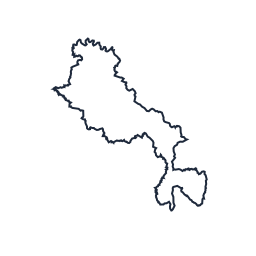 outline of Mae Chan, Chiang Rai, Thailand, rotated 245°
{"feature_id": "78962969B91989740231276", "entity_name": "Mae Chan", "entity_type": "district", "adm_level": 2, "iso_a3": "THA", "parent_name": "Thailand", "parent_adm1": "Chiang Rai", "projection": "mercator", "projection_center": [99.757, 20.164], "detail": "fine", "context": "isolated", "style": "outline", "palette": "slate", "viewbox_px": 256, "rotation_deg": 245, "n_neighbors": 0, "source": "geoboundaries", "source_scale": "gbopen_adm2", "svg_char_len": 5878}
<svg xmlns="http://www.w3.org/2000/svg" viewBox="0 0 256 256"><g transform="rotate(245 128 128)"><path d="M180.8,84.0L179.6,83.4L178.3,84.9L177.4,85.2L177.6,85.8L176.3,85.9L175.2,87.0L174.6,85.2L172.2,83.9L171.7,85.1L171.5,84.9L169.7,86.1L166.2,91.4L163.7,92.4L163.6,93.5L162.6,94.7L157.5,92.5L157.0,92.0L156.8,90.5L156.4,90.0L154.7,91.2L154.0,92.6L152.8,92.3L152.2,92.6L151.6,91.9L149.9,91.5L146.8,91.5L145.2,90.8L144.3,91.0L143.3,91.9L143.0,93.1L144.4,93.8L144.5,94.3L143.2,95.5L142.4,97.1L141.5,97.3L139.4,98.9L138.8,100.7L139.0,101.8L138.5,104.6L137.6,104.8L135.4,104.1L133.5,104.5L132.7,104.0L132.8,103.3L131.3,101.7L130.9,102.5L131.4,102.6L131.3,102.9L128.4,104.8L127.6,104.7L127.8,103.8L127.5,103.6L126.9,103.6L126.3,104.3L123.2,104.5L123.4,107.1L122.2,107.9L121.8,107.4L121.3,108.5L120.7,108.7L121.2,109.1L121.4,112.7L120.5,113.5L120.2,114.7L119.6,115.1L119.8,116.5L118.9,116.8L118.4,117.4L118.8,119.4L117.6,119.3L116.0,120.6L116.1,121.0L114.6,121.6L113.9,122.7L114.4,124.3L115.2,124.7L116.7,127.3L116.3,129.3L115.7,130.4L115.9,130.9L116.5,130.3L117.6,130.8L117.5,132.4L117.1,133.3L117.5,133.8L113.4,136.5L114.4,137.3L114.5,138.0L115.1,138.0L115.5,139.4L115.9,139.2L115.9,139.6L116.4,139.7L116.6,141.0L115.4,141.9L111.8,142.2L110.2,143.4L105.7,145.0L103.9,144.9L100.4,142.8L97.9,145.0L97.1,143.6L95.1,142.0L93.6,142.5L91.4,141.9L89.0,142.7L88.8,145.6L89.9,146.4L89.2,146.6L87.8,145.9L86.8,147.0L86.1,147.4L85.4,146.9L85.2,147.8L84.1,147.7L83.6,148.3L82.3,148.2L81.3,147.5L80.0,147.8L79.2,148.5L76.5,146.3L76.1,146.6L76.1,146.0L75.1,146.5L74.2,146.3L74.3,144.8L73.6,145.0L72.2,143.7L71.1,143.5L69.7,140.2L68.5,139.5L68.6,138.8L68.1,138.9L68.6,138.3L68.2,137.5L67.7,137.7L67.5,136.7L66.3,136.4L66.4,135.4L65.4,135.3L65.7,134.8L65.4,134.3L64.8,134.3L64.0,132.8L63.1,132.5L63.5,131.4L62.5,130.6L62.7,129.9L62.1,128.0L62.3,127.3L60.8,127.7L60.3,127.0L59.6,127.8L58.9,127.1L59.2,126.4L58.3,125.8L57.1,126.0L57.3,126.9L56.6,126.9L56.5,126.2L55.9,126.3L56.0,125.7L54.7,124.6L54.4,124.7L53.0,124.1L52.3,124.3L50.0,123.8L48.2,124.6L47.7,124.0L46.4,124.9L45.0,124.9L43.7,127.9L44.2,129.2L43.5,131.1L43.8,134.0L41.0,134.3L39.4,133.0L37.1,132.1L34.9,132.4L34.8,132.8L35.4,134.3L37.9,137.4L41.0,137.6L46.4,140.0L50.0,140.2L52.6,142.4L54.6,143.1L55.4,144.1L54.7,148.2L51.2,150.6L50.8,151.7L50.3,151.6L49.2,149.9L47.8,149.6L46.7,150.4L43.6,151.2L42.6,152.1L41.7,152.2L41.8,152.9L41.1,153.2L36.9,154.0L35.8,155.0L33.8,155.2L33.2,156.0L32.4,156.2L31.8,157.0L30.2,157.8L28.8,158.0L28.0,158.5L28.1,159.2L27.7,159.5L27.9,160.0L27.5,160.8L28.2,162.2L28.2,163.3L32.0,165.4L32.5,166.3L31.9,167.1L34.8,167.7L36.5,169.3L37.0,170.7L37.7,170.8L38.5,171.8L40.1,172.4L40.6,173.3L41.8,173.2L44.2,175.2L47.3,176.3L48.1,177.6L52.4,178.4L53.9,177.9L55.9,179.0L56.7,178.3L57.1,176.6L56.0,174.3L56.2,172.7L57.1,172.9L58.0,172.1L58.7,172.5L61.2,172.1L62.0,172.6L62.7,172.4L62.2,171.5L62.8,171.5L62.9,171.1L62.5,170.6L63.2,168.9L64.0,168.6L64.5,167.1L63.9,166.1L64.5,165.6L65.7,165.7L65.8,164.8L65.3,164.4L66.3,162.7L65.5,161.6L65.8,161.1L66.4,160.9L66.0,159.2L68.1,158.0L69.3,156.7L70.2,153.4L70.9,152.5L70.9,151.4L72.2,152.1L74.2,152.2L75.9,153.4L78.9,153.6L81.1,158.1L82.8,157.7L84.1,159.3L87.4,159.5L90.5,160.7L91.8,162.6L92.1,165.4L93.6,166.7L93.6,169.4L92.4,171.8L92.7,176.5L93.6,175.5L96.2,174.8L97.1,173.1L97.9,172.6L98.9,173.5L101.7,173.9L106.1,175.7L107.8,175.2L108.9,173.9L109.2,173.2L108.6,172.7L109.1,171.5L108.7,171.1L109.6,171.1L110.1,170.7L110.1,168.1L110.4,167.8L112.1,167.1L114.1,167.6L115.1,167.3L117.6,164.4L118.8,163.6L120.9,163.8L122.5,164.7L127.6,165.2L129.2,163.8L129.5,163.2L129.4,162.4L131.0,161.7L131.5,160.1L134.1,159.1L135.3,158.0L135.2,156.3L134.4,154.0L135.5,152.3L139.1,151.4L141.3,149.8L144.3,148.8L145.5,147.5L149.5,145.1L153.4,148.1L154.3,147.7L155.5,148.0L156.3,149.6L158.4,149.7L161.4,148.7L161.3,144.9L162.8,143.8L164.9,143.3L166.5,144.3L168.3,144.0L169.5,145.6L170.1,145.7L170.9,144.3L173.2,142.4L174.5,144.9L176.4,143.6L177.1,142.2L181.1,138.0L181.8,138.5L181.8,139.1L182.5,139.7L183.1,141.6L183.9,141.1L183.8,140.7L184.8,140.2L186.5,140.2L187.1,140.9L188.5,141.0L188.5,141.9L189.7,142.7L189.8,143.1L188.8,144.5L190.3,145.5L190.3,146.0L191.1,146.8L191.2,147.8L192.4,149.3L194.5,149.4L194.7,148.8L197.1,148.5L200.3,146.8L203.1,147.0L204.5,148.1L204.9,146.8L206.0,146.5L207.2,147.8L207.8,147.9L207.9,147.3L207.0,146.1L206.1,142.4L206.2,141.4L206.7,140.7L207.6,140.3L208.9,141.5L211.0,141.5L211.5,140.3L210.4,139.2L210.0,137.8L210.8,136.8L212.0,136.9L213.5,137.8L215.5,137.3L217.5,138.0L218.2,136.3L217.3,134.0L217.3,131.7L218.2,131.5L219.4,131.8L220.7,133.6L221.6,133.9L222.4,132.7L221.8,130.4L222.1,129.3L223.3,129.1L225.1,129.8L226.0,129.4L225.1,126.6L223.4,125.7L221.3,125.9L220.8,124.5L221.2,123.8L224.1,121.9L225.5,121.5L227.7,122.1L228.5,121.6L228.5,120.8L227.5,118.4L225.0,116.6L225.1,115.8L226.5,114.5L226.7,113.7L225.9,113.1L224.5,112.9L224.7,112.3L224.2,111.5L223.1,112.1L222.8,110.9L221.6,110.2L219.9,110.4L217.7,108.7L217.2,109.3L217.4,110.5L215.2,109.3L215.0,110.9L215.3,111.7L214.2,112.8L214.6,114.3L213.9,115.2L212.6,115.2L212.2,115.9L211.1,116.0L209.6,115.4L209.1,114.2L210.0,113.4L210.4,111.4L209.5,110.2L208.1,109.5L207.3,109.9L206.6,109.8L206.9,103.9L206.7,102.2L204.7,101.7L204.4,100.9L202.9,99.8L201.8,99.6L199.4,97.9L198.9,97.1L198.1,97.1L197.3,95.5L195.5,93.9L192.2,94.0L192.4,92.4L192.0,92.0L192.4,91.6L192.0,91.2L193.0,89.5L192.8,88.9L193.5,88.3L192.0,87.7L192.6,87.0L192.3,86.2L192.6,84.7L193.4,84.2L193.6,81.4L194.9,80.5L194.5,79.4L195.5,79.4L195.3,77.8L194.8,77.8L194.8,77.0L194.2,77.8L193.5,77.6L193.7,78.3L193.3,78.6L193.1,78.0L191.7,79.5L191.1,79.2L190.6,79.8L190.1,79.5L189.7,80.0L189.2,79.7L189.2,80.1L188.6,80.2L188.1,80.0L188.1,79.3L187.4,79.3L187.6,79.8L187.1,80.2L187.5,80.7L185.7,81.7L184.4,83.4L183.8,83.3L183.6,82.7L182.9,83.4L182.2,83.5L181.8,83.0L181.2,83.1L180.8,84.0Z" fill="none" stroke="#1e293b" stroke-width="2"/></g></svg>